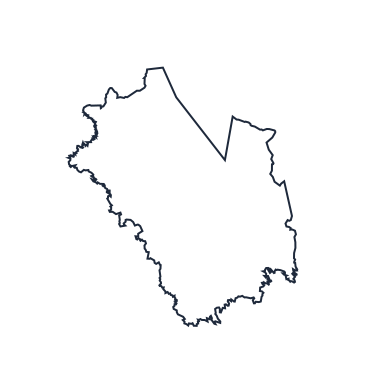 Akyem Mansa, Eastern, Ghana (Equal Earth projection), rotated 313°
{"feature_id": "2480657B32538733435540", "entity_name": "Akyem Mansa", "entity_type": "district", "adm_level": 2, "iso_a3": "GHA", "parent_name": "Ghana", "parent_adm1": "Eastern", "projection": "equal_earth", "projection_center": [-1.143, 6.082], "detail": "fine", "context": "isolated", "style": "outline", "palette": "slate", "viewbox_px": 384, "rotation_deg": 313, "n_neighbors": 0, "source": "geoboundaries", "source_scale": "gbopen_adm2", "svg_char_len": 5972}
<svg xmlns="http://www.w3.org/2000/svg" viewBox="0 0 384 384"><g transform="rotate(313 192 192)"><path d="M128.3,83.4L128.6,85.2L127.6,85.2L127.6,86.3L129.0,86.4L132.0,88.5L129.8,88.8L129.7,89.5L131.1,91.2L130.0,93.0L129.9,95.4L130.7,97.4L134.4,97.8L135.2,99.4L137.4,101.2L136.6,102.4L137.5,105.3L137.4,108.0L136.5,108.5L134.9,107.5L134.8,107.9L135.8,110.2L135.0,111.3L135.9,112.4L135.9,113.4L134.7,113.5L133.0,110.1L132.5,112.6L133.5,115.0L133.5,116.8L134.7,116.5L135.2,119.1L137.7,122.0L137.4,123.3L135.7,122.6L135.7,123.3L136.7,124.0L135.7,125.9L136.3,127.8L135.6,129.3L136.9,130.8L135.9,131.7L134.3,129.4L133.7,129.9L134.7,133.7L134.4,134.8L133.2,135.7L133.1,134.0L131.6,133.5L130.4,134.6L129.4,134.5L127.6,140.4L127.6,142.5L125.7,142.2L125.6,143.4L124.1,144.7L123.1,144.9L122.0,144.0L121.4,145.4L123.4,147.5L124.0,151.5L128.1,153.7L127.2,155.4L125.2,154.7L122.3,158.3L121.1,158.8L120.1,160.3L118.9,160.5L118.0,163.2L121.9,166.1L121.9,164.4L122.4,163.5L125.0,163.7L126.3,162.5L127.2,162.9L129.7,166.1L129.9,169.5L128.5,173.1L131.0,174.4L131.5,175.1L131.7,177.4L129.6,182.4L124.8,181.1L122.8,183.0L121.1,180.9L119.6,183.5L120.0,184.4L121.5,184.2L122.2,186.7L121.4,186.9L121.2,187.6L123.0,188.0L122.8,189.7L124.1,191.3L123.0,193.4L120.5,193.7L118.3,196.0L118.2,197.4L117.1,199.4L118.5,201.4L112.9,204.9L114.3,206.6L115.2,206.7L116.2,211.0L114.7,213.0L115.0,214.8L117.9,215.7L116.9,218.2L117.2,218.9L114.3,221.3L112.6,221.6L108.5,226.7L107.0,226.9L106.7,228.2L105.2,228.8L104.8,230.8L104.0,231.7L101.5,231.8L101.3,232.5L102.0,233.0L102.2,234.0L101.8,235.4L102.9,236.4L101.4,237.2L101.1,240.6L100.0,241.5L102.2,242.4L101.7,244.5L103.0,245.2L102.2,246.7L103.1,248.2L102.4,249.5L104.2,250.0L103.1,251.0L102.9,252.4L101.6,253.1L102.6,254.5L102.0,255.2L100.0,254.5L100.0,256.6L98.9,256.9L98.1,255.8L96.8,256.8L95.1,256.7L94.0,258.4L95.0,261.6L93.7,262.9L92.9,265.1L94.7,270.6L94.2,273.3L92.1,272.6L92.1,274.9L90.7,276.0L91.6,278.1L91.8,280.3L93.8,279.4L95.2,281.5L96.4,281.9L95.4,284.5L97.3,286.7L98.7,285.6L100.0,286.2L101.2,284.7L102.1,285.2L102.7,283.5L103.2,284.3L104.8,284.8L105.1,286.4L107.1,288.7L107.9,291.7L109.9,289.0L111.0,291.6L113.1,290.2L114.3,290.3L113.3,292.6L111.8,293.5L110.9,298.2L111.4,299.2L112.1,297.0L113.3,297.2L115.5,301.9L116.6,301.0L117.0,297.3L118.4,294.4L118.7,292.2L119.7,291.9L122.2,288.7L124.3,289.1L126.0,290.5L125.5,292.1L123.0,294.4L123.6,295.3L128.2,293.5L129.5,295.5L131.9,292.7L133.0,293.4L133.2,295.8L133.9,296.3L135.7,295.2L136.4,292.8L137.4,292.1L138.6,293.1L138.8,295.0L140.2,294.0L140.5,297.3L141.0,298.0L144.1,296.3L145.7,297.2L147.3,297.1L148.2,298.5L150.3,299.6L150.7,302.3L151.9,303.4L154.3,307.4L156.9,309.0L156.7,310.0L154.3,310.3L152.8,313.2L153.5,313.9L155.2,313.5L157.1,316.0L158.8,317.0L162.9,314.3L164.3,314.2L165.3,313.1L167.0,313.0L167.0,310.9L165.9,309.2L168.6,307.0L171.6,308.6L173.1,308.4L172.8,306.3L173.3,305.1L173.8,305.4L174.0,306.7L175.0,306.2L175.2,307.7L176.4,309.3L176.6,311.2L177.1,311.1L177.9,308.7L179.9,310.6L180.9,310.7L181.1,310.1L180.1,309.1L179.4,307.0L180.0,306.7L180.4,308.1L180.9,308.3L182.4,304.9L181.9,304.4L179.8,304.5L180.0,302.2L181.1,303.5L182.8,302.0L183.1,300.4L182.5,298.1L184.0,299.2L185.1,298.4L187.0,298.1L188.5,299.6L188.7,301.0L188.2,301.4L187.8,300.1L187.2,300.1L186.0,304.2L187.4,304.3L189.1,303.0L188.6,307.2L189.3,307.5L190.0,306.6L192.3,306.1L192.7,307.2L193.5,307.5L195.2,310.0L196.8,313.8L196.6,314.8L195.9,315.4L194.4,313.8L194.3,315.6L195.5,318.2L194.5,317.8L192.6,320.5L194.4,321.7L193.3,322.5L193.7,323.5L193.4,325.0L194.2,325.1L194.9,326.1L195.4,328.4L196.5,328.6L197.4,327.2L197.6,325.4L200.3,325.2L200.6,321.1L201.5,321.1L202.4,324.7L202.9,324.9L203.2,324.6L202.9,322.4L203.4,319.9L204.5,318.5L205.0,321.2L206.2,322.3L206.9,320.9L207.3,321.2L208.1,318.6L210.5,315.8L210.0,315.0L210.4,314.5L212.9,313.5L213.1,311.8L217.0,308.3L221.6,305.8L225.8,301.8L228.9,297.6L231.9,296.9L233.9,293.7L232.9,290.8L231.5,289.6L232.9,288.8L232.6,286.8L231.2,284.6L232.7,281.9L236.7,281.1L237.2,282.7L238.8,283.4L242.6,281.5L262.7,252.1L258.9,251.5L256.6,251.9L255.8,245.4L258.1,240.9L258.6,236.9L262.1,235.9L266.8,231.6L267.7,232.3L268.6,232.0L270.1,227.5L274.0,225.9L275.3,219.3L279.0,212.8L286.6,213.6L292.3,212.3L293.2,211.4L293.3,210.4L290.8,205.7L289.1,203.7L285.4,201.8L285.2,200.3L284.0,199.2L282.7,193.3L281.0,190.3L280.9,189.2L281.6,188.3L281.5,186.0L280.0,183.2L279.2,182.8L276.7,176.8L275.4,175.2L274.9,170.3L237.8,194.3L250.5,115.9L263.1,85.9L251.0,75.6L248.2,77.6L246.5,77.8L245.5,79.2L242.7,79.2L243.1,79.7L238.6,83.6L238.0,85.6L235.9,86.1L230.5,84.8L228.5,82.6L217.2,80.0L216.1,78.4L214.5,78.2L212.4,74.8L209.9,73.1L212.3,71.4L213.2,68.9L212.5,67.2L213.3,62.5L212.3,61.3L210.3,61.3L206.3,63.0L204.7,62.7L202.6,64.7L201.4,64.7L198.6,68.0L194.2,68.8L193.2,67.9L191.4,68.3L191.1,68.2L193.0,66.1L186.5,59.5L185.8,57.8L183.7,56.4L180.0,55.4L177.5,56.6L176.8,58.3L176.2,58.1L176.5,59.8L175.8,60.2L176.8,60.2L176.9,60.8L176.3,62.6L175.8,62.3L175.9,63.2L176.8,62.7L177.4,63.8L176.3,64.4L176.5,65.9L175.8,65.9L177.2,67.5L176.8,68.5L177.5,69.1L176.8,69.7L177.3,70.8L176.2,71.3L176.0,72.5L176.6,73.5L177.3,72.9L177.7,73.9L175.5,74.5L175.2,76.4L174.7,76.2L174.6,75.3L173.5,75.4L173.0,76.7L173.6,77.6L172.7,78.1L172.6,79.0L171.6,78.8L171.7,81.1L171.2,81.7L170.7,80.3L170.2,80.5L170.2,82.8L168.8,83.2L169.4,82.2L169.0,81.5L167.9,82.9L167.9,83.9L167.3,83.4L166.6,84.4L166.6,82.8L166.1,82.2L165.2,83.4L164.9,82.3L164.4,83.4L163.7,82.9L163.8,84.5L162.8,84.2L161.9,83.0L160.0,83.3L159.6,84.1L156.8,81.2L157.0,82.5L154.6,84.0L154.7,82.7L153.1,82.6L153.7,81.5L153.2,80.6L153.8,79.9L153.4,79.2L153.7,78.6L152.0,79.4L152.1,80.4L150.5,80.3L150.2,82.0L149.6,81.9L148.7,80.1L148.4,77.6L147.5,76.7L145.6,78.0L145.6,79.5L144.6,79.7L144.3,80.6L141.3,79.9L141.3,80.6L140.6,80.1L139.9,81.0L139.7,79.0L137.6,81.1L137.1,80.1L136.8,81.9L136.6,79.6L135.3,79.0L135.8,78.2L134.8,77.5L134.0,79.4L132.8,78.5L133.5,80.3L132.3,81.3L129.9,81.3L128.3,83.4Z" fill="none" stroke="#1e293b" stroke-width="2"/></g></svg>